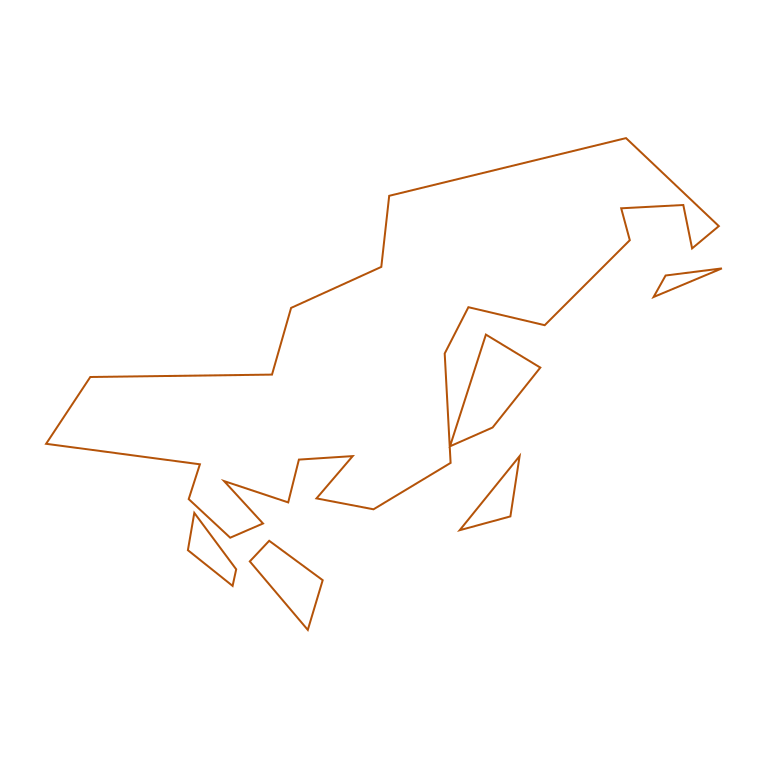 an SVG outline of Quảng Ninh
{"feature_id": "VNM-429", "entity_name": "Quảng Ninh", "entity_type": "Province", "adm_level": 1, "iso_a3": "VNM", "parent_name": "Vietnam", "parent_adm1": "", "projection": "natural_earth1", "projection_center": [107.332, 21.181], "detail": "coarse", "context": "isolated", "style": "outline", "palette": "amber", "viewbox_px": 768, "rotation_deg": 0, "n_neighbors": 0, "source": "natural_earth", "source_scale": "10m", "svg_char_len": 730}
<svg xmlns="http://www.w3.org/2000/svg" viewBox="0 0 768 768"><path d="M389.2,195.8L626.0,138.1L718.8,226.1L692.1,248.4L683.3,205.0L621.2,208.3L629.8,240.2L544.7,325.2L468.4,307.2L444.7,353.5L450.6,462.9L373.5,509.3L316.5,498.4L352.7,456.1L298.9,459.6L288.2,502.4L224.1,481.1L263.0,523.5L230.2,537.7L188.7,499.1L199.9,464.3L46.1,443.8L90.3,377.0L272.0,374.6L291.1,307.9L381.3,266.9L389.2,195.8ZM540.3,367.6L492.6,427.5L450.0,446.3L485.9,334.6L540.3,367.6ZM322.7,580.2L307.8,629.9L249.8,561.4L269.2,540.8L322.7,580.2ZM194.3,512.9L236.2,569.3L232.6,585.9L187.9,550.2L194.3,512.9ZM519.6,456.1L510.4,516.4L459.7,530.2L519.6,456.1ZM665.6,275.5L721.9,268.4L653.6,297.0L665.6,275.5Z" fill="none" stroke="#b45309" stroke-width="2"/></svg>